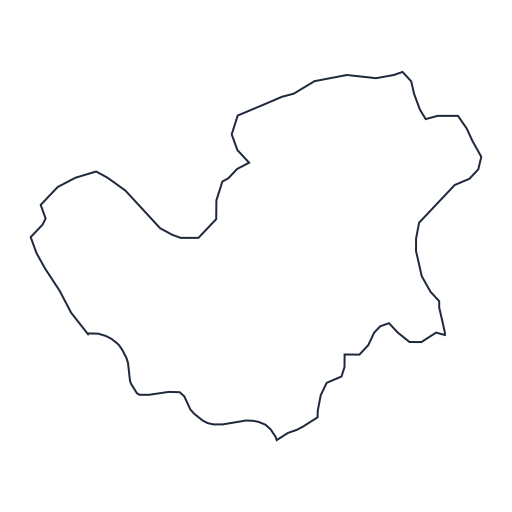 Songchon, P'yŏngan-namdo, North Korea
{"feature_id": "82179303B38365888495896", "entity_name": "Songchon", "entity_type": "district", "adm_level": 2, "iso_a3": "PRK", "parent_name": "North Korea", "parent_adm1": "P'yŏngan-namdo", "projection": "albers", "projection_center": [126.243, 39.3], "detail": "fine", "context": "isolated", "style": "outline", "palette": "slate", "viewbox_px": 512, "rotation_deg": 0, "n_neighbors": 0, "source": "geoboundaries", "source_scale": "gbopen_adm2", "svg_char_len": 1483}
<svg xmlns="http://www.w3.org/2000/svg" viewBox="0 0 512 512"><path d="M444.9,335.0L444.9,332.7L442.1,320.1L439.2,307.5L439.2,301.2L430.5,291.8L421.7,276.1L418.9,263.5L416.0,251.0L416.1,238.4L419.1,222.7L428.0,213.3L442.8,197.6L454.7,185.0L469.4,178.8L478.3,169.3L481.3,156.8L472.5,141.1L466.7,128.5L458.0,115.9L446.3,115.9L437.4,115.9L425.7,119.1L419.9,109.6L414.1,93.9L411.2,81.3L402.5,71.9L400.7,72.6L393.7,75.0L376.0,78.2L346.7,75.0L314.4,81.2L293.7,93.7L281.9,96.8L267.2,103.1L252.5,109.3L237.7,115.5L231.7,134.4L237.4,150.1L249.1,162.7L237.2,168.9L228.3,178.3L222.4,181.5L216.4,200.3L216.2,219.1L198.4,237.9L180.7,237.9L172.0,234.7L160.2,228.3L148.6,215.7L139.9,206.3L125.3,190.5L107.8,177.9L96.1,171.5L75.5,177.7L57.7,187.0L40.7,204.9L45.6,218.4L42.6,224.6L30.7,237.1L36.4,252.9L45.1,268.6L59.6,290.7L71.1,312.7L88.1,334.3L88.9,333.4L98.4,333.7L105.9,336.0L111.7,339.0L116.5,342.8L119.0,345.1L122.5,350.3L126.5,358.1L128.0,363.0L130.0,380.8L131.0,383.7L136.8,393.1L139.5,394.8L149.1,394.8L168.7,391.9L179.7,392.2L184.3,396.4L190.3,409.4L194.0,413.6L202.6,420.5L207.6,423.1L213.4,424.4L222.7,424.4L246.1,420.5L253.1,420.8L258.4,421.8L265.4,424.7L270.5,429.2L275.7,437.0L276.7,440.1L288.0,432.9L296.9,429.8L302.8,426.7L317.6,417.3L317.7,411.0L320.7,395.3L326.7,382.8L341.5,376.5L344.5,367.1L344.6,354.5L359.4,354.6L368.3,345.1L374.2,332.6L380.2,326.3L389.0,323.2L397.8,332.6L409.5,342.0L421.3,342.1L436.1,332.6L444.9,335.0Z" fill="none" stroke="#1e293b" stroke-width="2"/></svg>